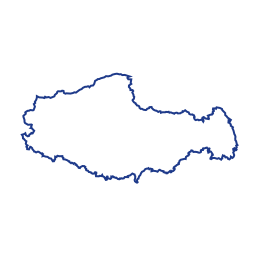 SVG path tracing the border of Xizang, rotated 352°
{"feature_id": "CHN-1662", "entity_name": "Xizang", "entity_type": "Autonomous Region", "adm_level": 1, "iso_a3": "CHN", "parent_name": "China", "parent_adm1": "", "projection": "robinson", "projection_center": [89.0, 31.884], "detail": "fine", "context": "isolated", "style": "outline", "palette": "blue", "viewbox_px": 256, "rotation_deg": 352, "n_neighbors": 0, "source": "natural_earth", "source_scale": "10m", "svg_char_len": 5905}
<svg xmlns="http://www.w3.org/2000/svg" viewBox="0 0 256 256"><g transform="rotate(352 128 128)"><path d="M29.5,110.9L26.8,108.8L26.4,107.7L26.6,105.4L26.0,102.4L26.1,101.4L28.7,99.7L28.8,98.9L28.5,98.2L29.3,97.7L31.0,97.0L32.4,97.1L33.8,96.6L36.3,97.3L37.0,97.1L38.8,93.9L38.1,91.2L39.6,90.3L39.4,89.2L41.1,87.2L42.0,85.2L42.2,83.8L44.3,85.3L48.2,86.1L49.2,86.7L49.8,86.5L49.9,85.8L50.2,85.5L51.6,86.4L53.7,86.3L55.5,87.4L59.5,86.4L60.2,85.0L62.5,83.6L62.8,82.6L63.8,81.9L66.8,82.4L67.9,81.9L69.3,82.3L69.4,84.3L70.8,85.3L71.9,85.1L75.8,85.9L78.4,85.7L79.8,85.2L81.4,85.7L85.4,83.5L87.5,83.0L89.0,81.9L91.3,81.2L92.5,81.4L94.3,81.1L95.1,81.6L95.5,82.3L97.1,81.0L99.4,81.0L100.7,79.6L102.0,76.7L104.0,76.0L104.7,75.4L106.5,75.5L107.8,75.0L111.7,74.5L113.4,73.6L115.7,74.1L118.8,73.7L119.9,73.0L122.7,72.7L124.6,72.7L127.1,73.7L128.4,73.7L129.7,74.8L132.2,75.0L136.8,77.2L135.2,77.5L134.4,78.3L135.1,79.8L138.0,80.3L136.9,83.9L137.4,84.8L134.9,86.0L134.6,87.5L135.8,89.3L135.7,90.8L137.8,91.1L138.3,92.1L137.2,93.5L138.0,95.6L138.0,97.4L138.5,98.0L137.9,99.9L136.6,100.7L136.4,101.4L137.5,103.4L139.0,104.6L139.0,105.3L139.6,105.8L139.9,106.8L141.7,107.6L142.2,108.4L142.2,109.6L143.2,110.8L144.4,110.9L146.0,112.1L148.0,112.7L148.7,112.6L149.7,111.6L151.6,111.3L152.1,110.4L154.0,110.4L154.3,110.6L154.1,111.1L155.8,113.4L157.6,114.6L158.6,114.8L160.2,116.3L161.5,115.8L162.5,116.0L162.7,117.5L164.3,117.2L167.1,117.6L167.9,117.3L169.1,117.7L170.6,117.6L171.1,118.6L172.6,118.5L174.4,119.6L175.2,119.7L175.7,120.3L176.7,119.7L178.1,119.6L178.8,119.8L179.4,120.5L182.0,120.7L182.7,120.2L184.3,119.9L184.5,119.1L185.0,119.4L187.1,118.4L188.5,120.0L190.3,121.0L190.7,122.7L191.9,123.4L193.8,123.6L194.3,124.3L195.1,124.6L195.5,126.3L194.9,126.5L194.8,127.1L195.3,128.8L196.2,129.6L197.8,129.4L198.6,129.6L199.2,130.2L202.0,130.0L202.5,130.3L203.4,132.2L203.8,131.6L203.7,129.9L202.8,129.0L203.2,128.1L204.5,127.7L206.1,129.4L209.2,130.4L209.5,129.7L209.0,128.7L209.4,127.8L208.9,126.9L211.5,126.3L213.0,126.4L213.4,125.7L214.1,125.6L214.3,125.1L214.0,124.5L214.3,123.5L215.4,123.1L215.4,121.9L214.7,121.5L215.0,120.5L217.2,120.7L217.8,121.2L218.6,119.9L221.7,120.9L223.7,122.2L223.9,123.5L226.3,126.7L226.1,128.8L227.5,130.4L227.9,131.4L231.0,134.3L229.8,135.8L228.6,134.8L228.2,136.6L229.1,137.1L230.3,138.7L230.1,140.1L232.0,141.9L231.4,142.7L232.1,145.2L232.5,149.0L233.0,150.1L233.2,151.8L232.8,152.9L232.6,155.0L233.2,156.0L233.5,159.1L234.0,160.1L232.7,160.5L233.0,162.3L232.1,163.3L232.0,163.9L232.5,164.5L232.1,165.0L231.4,165.0L230.7,162.8L229.3,163.3L229.2,164.3L229.7,165.9L228.8,166.8L229.4,169.6L228.7,171.1L227.4,172.1L225.9,170.7L225.4,172.3L224.0,173.2L222.7,172.4L222.7,171.7L221.7,170.6L220.4,170.7L219.7,169.0L219.4,168.8L218.8,169.1L218.1,168.4L217.1,170.3L217.1,171.3L216.5,171.5L215.8,172.3L213.7,170.5L212.1,170.9L209.5,169.7L207.9,169.5L206.0,170.4L205.3,169.9L205.6,169.1L207.3,167.1L207.3,166.6L208.3,166.4L208.2,165.8L206.8,162.9L205.8,162.4L204.6,163.5L204.1,163.6L203.8,161.5L204.2,161.1L205.3,160.8L205.8,159.7L205.5,159.5L204.4,159.9L203.8,159.4L203.4,158.4L202.7,158.4L200.6,158.9L199.9,158.6L199.4,158.7L199.1,160.2L197.5,159.9L197.0,160.3L197.1,161.2L196.8,162.0L195.5,162.4L194.1,162.1L193.8,161.7L191.6,161.0L189.4,160.8L188.7,159.4L187.6,159.0L186.7,160.2L185.5,160.3L184.9,161.0L184.4,161.1L184.2,161.7L185.0,162.5L184.0,163.7L183.3,163.7L181.4,164.7L180.8,166.7L180.1,166.4L175.8,166.8L174.5,167.6L174.2,168.6L173.1,169.7L173.5,170.2L173.4,170.8L171.0,171.5L169.5,172.7L169.0,172.6L167.9,173.3L167.5,174.3L168.1,174.4L168.6,175.1L168.0,176.0L166.9,176.8L165.4,177.1L165.0,176.7L164.8,177.3L164.4,177.0L164.1,177.5L163.4,176.6L161.6,177.8L160.9,177.7L160.5,178.3L159.6,178.2L159.2,177.3L158.2,177.3L157.7,176.8L157.1,176.7L157.2,175.7L155.0,175.0L153.6,173.8L152.6,174.1L151.2,175.4L149.7,174.6L147.2,173.9L145.2,174.1L145.3,173.4L146.5,172.5L146.4,172.1L144.3,171.3L143.3,171.8L142.6,170.6L141.9,171.0L141.0,170.8L139.4,171.1L137.8,172.7L135.8,173.3L134.6,174.6L133.5,176.5L132.3,177.3L131.3,179.6L130.7,179.6L129.8,180.6L129.5,181.8L130.0,183.0L129.7,183.3L128.9,183.2L127.5,181.8L127.3,180.4L128.0,179.1L128.5,176.8L128.0,175.8L128.1,175.0L126.0,173.7L123.6,175.2L120.9,175.6L120.7,176.1L120.9,176.6L118.0,176.1L116.8,177.3L115.3,177.3L114.8,176.9L113.1,177.3L113.3,176.8L113.1,176.7L112.3,177.2L110.9,177.1L109.4,175.5L108.5,175.6L107.7,174.8L106.7,174.7L106.6,174.0L106.1,173.7L105.4,174.0L104.7,173.7L104.3,175.5L103.4,176.0L101.1,174.9L100.8,174.1L101.0,173.3L100.6,173.1L99.7,174.0L100.2,175.8L99.7,176.3L98.8,176.3L97.6,173.2L96.3,172.3L95.9,170.9L95.0,171.9L93.2,171.4L92.5,171.8L89.6,171.3L89.6,169.7L90.3,168.6L90.4,167.7L89.3,167.2L88.0,168.4L86.8,168.4L85.5,167.6L85.5,167.1L84.8,166.6L83.1,166.1L82.4,164.7L80.9,164.1L80.6,163.6L80.9,162.5L80.3,162.1L79.9,161.1L80.2,160.5L79.7,160.3L79.5,159.7L77.7,159.3L75.4,160.1L74.8,161.0L73.6,160.6L73.4,159.7L72.3,158.5L72.0,157.3L71.7,157.0L71.0,157.1L71.0,156.3L70.1,155.3L69.3,155.4L69.0,155.8L68.1,154.8L67.3,154.5L66.7,154.9L65.2,153.4L65.2,152.8L64.5,152.7L63.7,151.7L61.4,150.4L59.7,150.0L59.5,149.2L59.8,148.5L59.1,147.9L59.1,146.7L56.0,146.4L54.3,145.7L53.5,146.2L53.2,146.8L51.9,146.2L51.5,148.8L50.6,149.2L50.7,149.8L50.1,150.6L48.9,150.5L47.7,147.6L45.7,146.9L45.1,146.0L43.9,145.2L43.0,145.1L40.4,143.9L39.6,144.0L39.9,143.4L39.5,142.6L40.2,142.0L39.5,141.1L38.5,141.2L36.2,139.1L35.3,138.9L33.6,139.4L32.6,138.5L31.8,138.3L31.5,137.3L30.4,135.7L30.3,134.6L29.2,133.3L28.6,133.0L27.0,135.4L25.2,134.9L25.4,133.2L24.8,132.5L26.1,131.3L25.1,130.5L24.6,129.3L25.5,127.0L24.5,126.1L23.2,124.0L22.6,123.7L22.7,121.5L22.0,119.9L24.5,119.5L25.6,118.9L25.9,120.9L27.6,122.3L29.0,122.0L29.4,120.8L31.2,120.1L31.6,119.4L32.1,119.5L32.4,120.1L32.8,120.1L34.7,117.7L32.6,114.8L31.8,114.5L32.5,114.1L32.3,113.1L32.8,112.5L33.2,111.4L32.8,111.1L29.5,110.9Z" fill="none" stroke="#1e3a8a" stroke-width="2"/></g></svg>